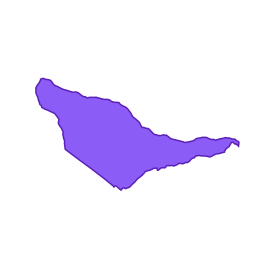 Escazu, San José, Costa Rica, rotated 127°
{"feature_id": "36466004B13672837232461", "entity_name": "Escazu", "entity_type": "district", "adm_level": 2, "iso_a3": "CRI", "parent_name": "Costa Rica", "parent_adm1": "San José", "projection": "orthographic", "projection_center": [-84.155, 9.916], "detail": "fine", "context": "isolated", "style": "filled", "palette": "violet", "viewbox_px": 256, "rotation_deg": 127, "n_neighbors": 0, "source": "geoboundaries", "source_scale": "gbopen_adm2", "svg_char_len": 5686}
<svg xmlns="http://www.w3.org/2000/svg" viewBox="0 0 256 256"><g transform="rotate(127 128 128)"><path d="M76.0,28.8L73.1,30.5L72.4,31.2L72.4,32.1L72.8,33.4L72.8,34.2L72.6,34.9L72.6,36.1L73.3,36.6L74.3,38.9L74.9,40.7L75.2,41.5L75.5,41.9L76.3,42.3L76.4,42.6L76.7,43.9L76.9,44.2L78.0,45.2L79.7,46.4L80.4,47.2L81.8,48.4L82.2,48.6L84.1,50.2L84.6,50.6L85.0,50.6L85.7,53.0L86.7,54.1L87.5,55.8L88.4,59.9L91.0,63.3L92.4,64.3L93.5,65.5L94.4,66.3L94.8,66.6L95.3,67.0L95.6,67.1L97.6,67.6L97.7,67.8L98.6,68.0L99.3,68.4L100.5,69.5L101.1,70.0L101.6,70.4L102.4,71.0L102.8,71.4L103.0,71.5L103.5,72.1L104.0,72.6L104.3,72.8L105.2,73.8L105.6,74.5L105.9,75.9L110.7,87.1L110.6,93.1L111.2,93.5L111.6,94.0L111.7,94.7L112.0,95.4L112.2,95.7L113.4,96.5L113.7,96.8L114.2,97.1L114.3,97.2L114.9,98.0L115.3,98.7L115.7,99.1L115.7,99.3L115.9,99.5L116.2,100.9L116.4,101.4L116.4,101.5L116.9,102.2L117.2,103.0L117.2,104.9L117.1,105.3L116.9,106.3L116.9,107.1L116.7,107.6L116.7,107.9L116.6,108.1L116.3,109.4L116.3,111.6L116.8,112.3L116.8,112.5L117.4,113.4L117.4,113.6L117.5,113.8L117.6,114.2L117.8,114.5L117.8,114.8L117.9,115.3L118.1,115.5L118.4,116.0L118.5,116.2L118.6,116.6L118.8,116.8L118.9,117.8L118.7,118.1L118.7,118.7L118.5,118.9L117.9,119.7L117.5,120.8L117.1,121.4L116.6,122.7L116.5,123.1L116.2,127.8L116.2,130.8L116.0,131.4L115.5,132.2L115.2,133.3L114.7,134.1L114.3,135.0L114.2,135.4L114.0,135.8L114.0,136.5L113.9,136.7L113.7,137.4L113.3,138.4L113.0,139.6L113.0,140.3L112.9,140.4L112.9,140.9L112.8,141.3L112.8,142.7L113.0,143.1L113.0,143.6L113.1,143.8L113.1,144.1L113.2,144.4L113.4,144.6L113.5,145.9L113.6,146.0L113.6,147.0L113.7,147.5L113.6,149.4L113.5,149.5L113.2,150.2L113.2,150.6L113.4,151.1L113.8,151.6L114.2,152.2L114.4,152.3L114.8,153.2L115.0,153.3L115.2,153.5L115.6,154.3L115.6,154.5L115.9,154.9L115.9,155.1L116.2,155.5L116.5,156.4L116.6,156.8L116.7,157.0L116.7,159.7L116.8,159.9L116.8,160.2L117.0,160.4L117.0,160.7L117.3,161.0L117.4,161.4L117.6,161.7L117.8,161.9L117.9,162.1L118.3,162.7L118.8,163.4L119.2,163.7L119.5,164.3L119.7,164.6L119.7,164.8L119.9,164.9L120.0,165.4L120.2,165.6L120.4,166.2L120.6,166.6L120.6,166.8L120.8,167.2L120.9,167.4L121.0,167.9L121.1,168.0L121.2,168.5L121.5,168.7L121.9,170.2L122.2,170.5L122.2,170.8L122.4,171.2L122.5,171.7L126.7,177.2L127.9,178.1L128.1,178.3L128.5,178.7L128.7,179.1L128.7,181.1L128.9,181.3L129.2,181.5L129.5,182.0L129.7,182.5L129.8,183.5L129.9,184.2L129.8,189.1L130.0,189.8L130.4,190.8L130.8,191.5L132.4,193.4L132.7,193.9L133.2,194.9L133.2,195.1L133.5,195.5L133.6,196.3L133.8,196.7L133.8,197.0L134.0,197.1L134.0,197.4L134.2,197.8L134.3,198.1L134.7,199.1L134.7,199.4L135.3,201.0L135.9,202.1L136.0,202.7L136.1,202.9L136.7,205.4L136.7,206.2L136.9,206.7L137.1,207.7L137.2,208.0L137.2,209.4L137.8,210.8L137.9,211.1L137.9,211.6L138.0,211.7L138.0,213.6L137.9,214.2L137.3,215.7L137.1,216.6L136.9,216.8L136.8,217.6L136.7,217.7L136.7,218.9L136.9,219.6L137.1,219.9L137.2,220.4L138.8,223.3L139.1,224.9L139.2,225.0L139.4,225.3L139.5,225.4L139.6,225.7L140.0,226.2L141.6,227.2L141.9,226.8L142.2,226.7L142.4,226.6L143.0,226.6L144.3,226.4L145.2,226.2L147.9,226.2L148.6,226.2L149.1,226.0L150.5,225.9L151.3,225.7L151.9,225.3L152.2,225.2L153.0,224.3L154.3,223.5L155.2,222.7L155.6,222.4L158.2,217.8L159.1,216.9L159.9,216.0L160.3,215.4L160.6,214.6L160.9,214.0L161.7,213.4L162.3,212.2L162.2,210.9L162.7,210.1L163.2,209.6L163.4,209.2L163.1,206.8L163.0,205.9L162.6,204.9L162.6,204.6L162.4,204.1L162.3,203.4L162.1,203.1L162.0,202.8L161.6,200.0L161.0,198.0L160.7,195.8L160.5,195.1L161.3,192.5L161.5,191.4L162.1,190.0L162.4,188.8L162.6,188.5L163.7,187.8L164.2,187.6L165.2,187.1L166.4,186.1L167.4,183.9L167.7,183.0L168.1,181.5L168.3,180.9L168.8,180.1L170.1,177.5L171.0,176.9L172.1,176.3L172.6,175.9L173.8,174.3L174.5,173.8L174.8,173.4L175.7,172.1L176.2,171.1L178.6,169.4L182.8,165.3L182.8,148.8L182.6,133.1L182.7,117.6L183.2,104.6L183.6,103.7L183.1,103.7L182.4,103.6L182.0,103.4L181.6,103.0L181.5,102.6L181.4,101.9L181.4,101.2L181.5,100.5L181.6,100.3L181.6,99.3L181.8,99.1L181.8,96.2L181.6,96.1L179.4,96.1L178.9,96.0L178.7,95.6L178.3,95.3L178.1,94.7L178.1,94.2L177.9,93.6L177.6,93.1L176.4,92.7L175.9,92.2L175.7,92.1L175.6,91.9L175.2,91.7L173.9,91.1L173.2,90.9L171.2,90.9L170.5,90.7L169.8,90.6L169.4,90.5L168.7,90.3L167.9,90.3L166.8,90.0L164.6,90.0L163.9,89.8L162.7,89.8L159.5,88.8L158.7,88.7L157.4,88.2L156.2,88.2L155.3,88.1L154.9,88.0L152.7,88.0L151.2,87.3L150.5,86.7L150.3,86.5L149.4,85.9L148.9,85.4L148.4,85.2L148.1,84.8L147.2,84.4L146.2,83.8L145.5,83.6L144.4,82.8L143.8,82.1L143.5,81.8L143.0,81.3L142.8,80.7L142.9,80.2L143.9,79.4L143.9,78.9L143.3,78.3L143.0,78.3L142.4,78.1L141.7,78.1L141.3,77.8L140.6,77.8L140.2,77.6L139.6,77.1L138.8,76.2L138.5,76.1L138.1,75.6L137.9,75.0L137.9,74.8L137.7,74.6L136.8,74.4L135.8,74.3L134.6,74.3L134.5,74.2L133.8,73.2L133.5,72.8L133.5,72.6L133.0,72.1L132.6,71.5L132.3,71.2L131.6,70.4L131.4,70.2L130.8,69.0L130.8,68.5L127.2,66.4L126.0,66.3L125.6,66.1L125.2,65.5L124.9,64.9L124.4,64.2L124.0,63.4L123.5,62.6L123.1,62.3L122.7,62.2L121.2,61.4L119.9,59.8L118.5,59.2L117.4,58.9L114.7,58.8L113.2,58.2L112.8,58.0L112.0,57.2L111.6,57.1L110.8,57.1L109.6,56.9L109.2,56.8L108.8,56.5L108.8,56.4L108.7,56.4L108.4,55.9L108.2,55.8L107.5,55.1L107.1,54.5L106.4,53.1L106.2,52.9L105.9,52.2L105.6,51.9L105.5,51.6L104.5,50.4L103.5,48.7L103.4,48.6L103.2,48.0L102.6,46.9L102.2,45.8L102.0,45.4L101.6,45.0L101.0,44.6L96.2,42.3L95.4,41.7L94.0,40.2L93.6,39.8L93.2,39.5L92.5,39.1L89.6,36.7L89.3,36.5L89.2,36.7L85.6,37.2L82.1,36.1L81.6,36.1L81.1,36.3L79.1,36.4L78.9,36.5L78.3,36.6L77.4,36.6L76.7,36.3L76.4,36.0L76.3,35.7L76.3,34.8L76.5,33.7L76.4,33.0L76.2,32.7L75.8,32.2L76.0,31.5L75.6,30.9L75.6,30.5L75.8,30.0L76.0,28.8Z" fill="#8b5cf6" stroke="#5b21b6" stroke-width="1.5"/></g></svg>